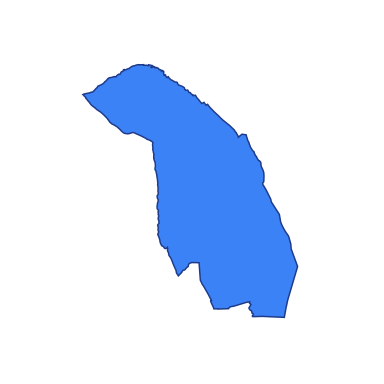 the district of Negresti, Neamt, Romania, rotated 31°
{"feature_id": "2599482B27531373518926", "entity_name": "Negresti", "entity_type": "district", "adm_level": 2, "iso_a3": "ROU", "parent_name": "Romania", "parent_adm1": "Neamt", "projection": "equal_earth", "projection_center": [26.323, 47.038], "detail": "fine", "context": "isolated", "style": "filled", "palette": "blue", "viewbox_px": 384, "rotation_deg": 31, "n_neighbors": 0, "source": "geoboundaries", "source_scale": "gbopen_adm2", "svg_char_len": 5941}
<svg xmlns="http://www.w3.org/2000/svg" viewBox="0 0 384 384"><g transform="rotate(31 192 192)"><path d="M332.5,243.5L329.6,235.0L320.9,201.5L306.3,189.7L303.4,185.6L297.5,180.1L293.3,178.2L291.1,177.1L286.7,174.5L283.5,172.1L278.4,166.2L265.0,159.6L263.2,157.6L254.9,152.3L250.5,149.9L249.2,149.4L248.0,147.9L248.2,146.2L245.7,141.6L243.3,138.1L242.7,137.7L241.2,136.4L238.0,134.3L237.6,133.8L237.1,133.0L236.7,132.7L236.5,132.2L235.5,131.1L235.4,131.0L233.7,130.5L232.8,130.7L230.1,129.3L228.9,128.4L228.7,128.3L228.3,128.3L227.5,128.0L227.0,127.7L225.4,126.5L224.9,126.1L224.8,125.9L224.1,125.4L223.4,125.5L221.8,124.9L219.2,123.5L218.6,123.1L218.0,122.5L216.9,121.8L216.1,121.1L215.7,120.8L215.6,120.5L215.2,120.2L214.3,119.7L212.6,118.6L212.1,117.9L211.1,117.1L210.3,116.5L209.0,115.1L205.1,116.7L203.5,121.2L202.8,120.4L199.8,118.7L199.3,118.3L198.0,118.0L196.4,117.1L189.4,115.5L188.1,115.4L184.1,114.8L181.6,114.5L180.9,114.3L178.6,113.9L176.1,113.2L170.4,112.0L164.4,110.4L162.5,109.8L160.2,108.8L159.4,110.4L156.1,109.0L154.8,111.1L153.1,110.6L150.3,109.5L147.6,108.7L145.1,107.3L144.8,107.6L143.7,108.3L143.4,108.9L143.0,108.8L142.7,108.7L142.4,108.2L142.1,108.3L141.4,108.5L140.8,108.4L140.3,108.1L139.6,107.8L139.2,107.7L138.1,108.3L136.1,106.9L135.3,107.1L134.5,107.9L134.1,108.0L133.6,107.8L133.0,107.8L132.1,106.8L131.6,106.6L131.0,106.5L130.1,106.5L129.6,106.5L129.3,106.5L128.8,106.5L128.0,106.7L126.0,107.0L125.4,107.2L125.2,107.2L124.0,106.6L123.7,106.4L123.1,105.8L122.7,105.7L122.1,105.8L121.2,106.3L120.5,106.5L120.0,106.5L118.6,106.5L117.9,106.4L116.3,106.7L115.9,106.6L115.4,106.5L114.2,106.1L113.1,106.0L112.8,105.9L112.5,105.4L112.3,105.3L112.1,105.4L112.0,105.7L112.1,106.1L112.2,106.3L112.0,106.6L111.6,106.7L110.9,106.7L110.3,106.3L109.6,106.0L109.1,105.4L108.9,105.3L108.3,106.2L108.1,106.2L107.8,106.2L107.6,105.6L106.9,105.3L106.9,105.2L106.4,104.7L106.3,104.3L106.0,104.0L105.6,103.7L105.3,103.7L105.6,103.5L105.7,103.4L105.1,103.1L104.5,103.2L104.2,103.1L103.6,104.0L103.5,103.7L103.3,103.7L103.1,103.6L102.7,103.4L102.2,103.4L100.9,104.0L100.5,103.9L100.3,103.7L100.0,103.4L99.4,103.3L98.9,103.4L97.7,103.6L97.7,103.8L97.1,103.7L96.2,104.1L96.1,104.3L96.2,104.5L95.9,104.7L95.7,104.7L95.3,104.2L95.0,104.0L94.6,104.1L94.0,104.5L93.8,105.6L93.5,106.0L92.8,106.3L92.6,106.2L93.0,105.2L93.2,104.2L92.6,104.1L92.2,104.3L92.0,104.6L91.8,104.7L91.4,104.6L89.3,105.3L89.5,106.1L89.5,106.4L88.5,106.4L87.5,106.9L86.6,107.5L85.9,108.1L85.3,108.1L84.9,108.4L84.2,108.5L84.3,108.2L81.3,110.1L80.2,110.6L78.6,112.2L77.7,113.4L76.4,114.5L75.9,115.2L75.6,115.7L74.3,118.7L73.0,120.1L72.5,121.0L71.9,121.7L71.6,122.1L71.5,121.9L71.0,121.8L70.6,122.1L70.3,122.7L70.6,124.1L70.2,124.7L69.7,125.2L69.6,125.5L69.5,125.9L69.6,126.8L69.7,127.6L69.7,127.9L69.5,128.3L68.5,128.8L67.9,130.3L67.5,131.3L67.5,131.9L67.5,132.4L67.1,132.5L66.7,132.9L65.7,133.2L64.3,135.0L62.1,136.8L62.0,137.5L61.6,138.1L61.4,138.8L61.2,140.3L61.2,140.9L60.7,141.8L60.4,142.7L60.4,143.5L60.0,144.8L59.0,146.8L58.0,148.1L56.8,149.8L56.9,151.2L56.4,152.9L56.1,154.6L55.4,157.4L54.2,158.4L53.0,159.9L51.2,161.6L49.9,162.7L49.1,163.5L48.3,164.7L49.1,164.8L50.4,165.3L51.7,165.5L52.1,165.7L52.7,166.3L53.1,166.5L54.0,166.6L55.6,167.4L57.1,167.7L57.3,167.9L58.3,168.2L59.0,168.6L59.3,168.7L60.6,169.2L62.7,169.6L64.8,169.8L67.9,170.3L70.4,170.5L71.7,170.5L72.2,170.5L75.7,171.1L78.0,171.7L80.6,172.3L86.1,174.6L88.3,174.9L90.7,174.7L94.1,174.7L98.9,175.7L100.1,176.1L102.5,176.5L103.3,176.5L104.4,176.3L106.4,175.5L107.2,175.0L108.1,174.3L109.6,172.6L109.9,172.1L110.1,171.9L111.0,171.3L111.7,171.1L115.0,170.7L118.6,170.2L124.2,169.8L125.1,169.7L125.7,170.0L126.5,169.9L129.1,169.4L129.9,169.4L131.8,169.4L132.3,169.5L133.0,169.8L133.3,170.2L133.5,171.0L134.0,172.1L135.5,173.9L136.6,175.9L137.8,177.1L138.4,177.7L138.6,178.1L139.6,178.9L141.2,181.8L141.7,182.6L142.4,183.4L143.4,184.3L144.7,185.3L145.5,186.1L146.2,187.1L146.8,187.8L147.4,188.9L148.3,191.1L148.6,191.6L148.9,191.9L149.3,192.1L150.1,192.4L150.9,193.4L151.8,194.2L153.3,195.9L154.8,197.8L156.1,199.2L157.0,200.6L157.4,201.1L157.9,201.5L158.2,202.1L158.5,203.0L159.1,203.8L160.7,205.7L160.8,206.0L162.3,208.5L162.5,209.1L163.4,209.9L163.9,210.9L164.2,212.2L164.1,213.4L164.5,213.9L165.8,215.4L166.9,215.9L167.2,216.3L167.6,217.3L168.0,217.9L168.0,218.6L168.2,219.6L168.6,220.2L169.1,221.3L169.3,222.1L170.8,224.3L171.5,224.5L172.3,224.9L172.9,225.4L173.0,225.7L173.1,226.4L174.3,228.0L174.6,228.6L175.3,229.2L175.9,230.0L176.4,231.6L176.9,232.6L178.0,233.4L178.3,233.9L179.0,234.4L179.8,235.9L179.7,236.5L179.6,237.8L179.7,238.3L181.2,239.5L181.7,240.4L182.4,242.1L183.0,242.6L183.7,243.0L184.0,243.7L184.3,244.4L184.2,245.0L184.4,245.3L184.4,245.7L184.6,246.1L186.2,247.2L186.6,247.6L187.0,247.8L187.5,248.3L188.5,249.1L189.8,250.5L190.2,251.0L190.3,251.2L191.2,252.0L192.0,252.6L193.8,253.7L195.2,253.5L196.6,253.8L196.8,254.1L197.8,254.4L198.2,254.2L198.8,253.8L199.2,253.1L199.3,252.1L199.9,252.5L200.3,253.0L200.6,253.6L201.1,254.8L202.1,255.5L203.2,256.2L204.1,257.4L204.7,258.0L205.9,258.7L207.0,259.1L208.6,260.0L213.0,263.4L216.7,266.1L218.2,267.0L218.9,267.7L220.4,269.4L223.5,270.9L224.6,266.4L224.5,265.1L224.7,263.6L225.8,262.7L226.1,261.7L226.2,260.2L226.6,259.0L226.6,258.7L227.1,257.9L227.0,257.4L226.6,256.7L226.4,255.4L226.5,254.8L227.0,253.9L227.3,253.5L227.7,253.2L227.8,253.1L227.8,252.8L228.0,252.6L230.0,251.6L230.3,251.3L234.5,249.0L244.5,263.2L245.1,263.7L246.8,264.7L248.3,265.8L250.5,266.8L256.1,269.9L259.6,271.9L262.2,273.6L263.0,274.0L264.0,274.6L264.6,275.0L264.0,275.5L264.8,276.5L267.5,278.3L269.7,279.8L271.0,280.9L274.5,278.7L274.6,278.9L283.4,273.2L283.3,272.7L283.8,271.3L283.8,270.7L286.6,268.4L295.7,258.3L298.0,256.4L298.4,257.6L300.5,258.1L300.5,262.1L302.1,263.2L304.4,263.3L305.8,264.9L306.9,264.8L307.7,265.4L307.5,267.0L308.0,267.6L310.4,266.2L316.3,262.4L335.7,251.9L332.5,243.5Z" fill="#3b82f6" stroke="#1e3a8a" stroke-width="1.5"/></g></svg>